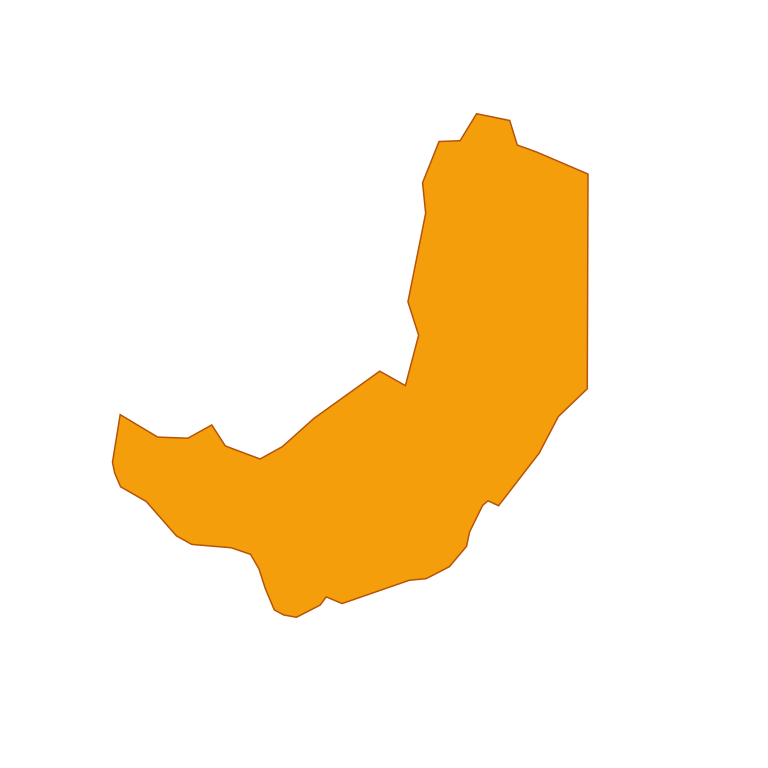 map outline of Lubanas (Albers equal-area conic projection), rotated 151°
{"feature_id": "LVA-5790", "entity_name": "Lubanas", "entity_type": "Municipality", "adm_level": 1, "iso_a3": "LVA", "parent_name": "Latvia", "parent_adm1": "", "projection": "albers", "projection_center": [26.781, 56.897], "detail": "fine", "context": "isolated", "style": "filled", "palette": "amber", "viewbox_px": 768, "rotation_deg": 151, "n_neighbors": 0, "source": "natural_earth", "source_scale": "10m", "svg_char_len": 759}
<svg xmlns="http://www.w3.org/2000/svg" viewBox="0 0 768 768"><g transform="rotate(151 384 384)"><path d="M664.2,421.8L662.7,436.7L659.5,447.1L629.6,485.1L607.7,447.3L581.9,431.7L554.5,431.7L552.8,406.7L528.8,378.5L503.1,378.5L462.0,387.9L381.5,397.3L366.1,372.2L330.1,409.8L323.2,444.3L264.8,513.1L252.7,541.3L218.3,569.4L199.5,559.9L172.0,575.5L146.3,553.5L151.6,528.4L137.9,512.7L103.8,468.7L208.5,281.3L247.3,271.0L281.8,248.3L342.8,222.0L349.7,231.4L356.6,230.0L380.9,213.1L390.5,202.0L415.4,192.5L441.5,193.3L457.1,200.1L527.1,212.3L537.8,225.8L546.9,221.6L573.6,222.4L583.7,230.6L589.5,239.6L587.0,262.6L583.0,282.9L583.3,299.7L597.1,314.9L629.9,336.9L639.2,351.8L648.9,396.5L664.2,421.8Z" fill="#f59e0b" stroke="#b45309" stroke-width="1.5"/></g></svg>